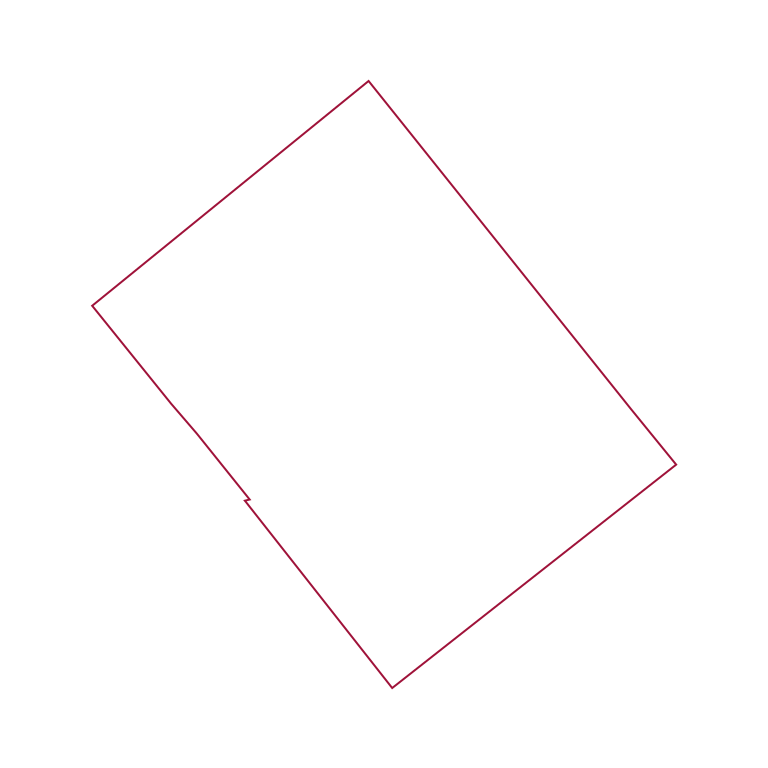 the district of Falls, Texas, United States of America, rotated 82°
{"feature_id": "52423323B55743875979164", "entity_name": "Falls", "entity_type": "district", "adm_level": 2, "iso_a3": "USA", "parent_name": "United States of America", "parent_adm1": "Texas", "projection": "orthographic", "projection_center": [-96.941, 31.254], "detail": "fine", "context": "isolated", "style": "outline", "palette": "rose", "viewbox_px": 768, "rotation_deg": 82, "n_neighbors": 0, "source": "geoboundaries", "source_scale": "gbopen_adm2", "svg_char_len": 283}
<svg xmlns="http://www.w3.org/2000/svg" viewBox="0 0 768 768"><g transform="rotate(82 384 384)"><path d="M81.8,357.1L265.9,662.1L373.8,597.6L407.0,576.3L479.7,533.1L480.2,538.0L686.2,418.2L504.5,105.9L443.4,142.8L81.8,357.1Z" fill="none" stroke="#9f1239" stroke-width="2"/></g></svg>